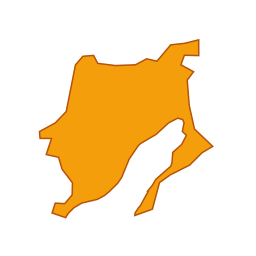 Gurlen, Khorezm, Uzbekistan, rotated 280°
{"feature_id": "79887680B99792663535597", "entity_name": "Gurlen", "entity_type": "district", "adm_level": 2, "iso_a3": "UZB", "parent_name": "Uzbekistan", "parent_adm1": "Khorezm", "projection": "equal_earth", "projection_center": [60.261, 41.834], "detail": "fine", "context": "isolated", "style": "filled", "palette": "amber", "viewbox_px": 256, "rotation_deg": 280, "n_neighbors": 0, "source": "geoboundaries", "source_scale": "gbopen_adm2", "svg_char_len": 971}
<svg xmlns="http://www.w3.org/2000/svg" viewBox="0 0 256 256"><g transform="rotate(280 128 128)"><path d="M124.6,214.6L138.6,193.6L160.8,184.4L185.5,178.0L194.8,182.8L199.4,169.1L209.4,170.9L211.6,185.1L227.1,182.3L221.2,169.0L217.3,155.6L198.8,144.9L199.4,134.4L191.5,124.3L187.3,104.7L186.4,87.0L193.5,81.5L190.8,71.1L181.0,65.3L133.5,64.3L120.4,55.5L109.1,41.4L102.5,43.2L104.4,54.5L87.7,52.1L87.1,64.7L75.9,70.3L64.4,82.8L52.4,84.6L42.5,78.8L41.4,69.4L31.1,68.0L28.9,82.2L33.6,84.0L40.1,88.6L46.1,95.6L52.4,110.2L57.2,116.3L61.5,120.1L71.7,127.4L78.1,130.3L97.7,134.6L112.6,141.3L115.1,143.3L126.5,156.7L134.3,162.7L140.0,167.0L146.3,175.2L145.8,180.3L142.8,182.3L134.0,182.1L130.9,186.8L121.1,183.7L111.8,176.3L101.7,177.3L97.7,176.7L82.4,164.4L75.5,161.8L69.2,158.2L69.1,158.9L60.9,156.1L53.7,153.7L50.9,152.0L45.5,149.7L43.0,149.9L52.3,166.1L79.7,168.5L89.3,177.9L102.3,195.3L116.5,205.2L124.6,214.6Z" fill="#f59e0b" stroke="#b45309" stroke-width="1.5"/></g></svg>